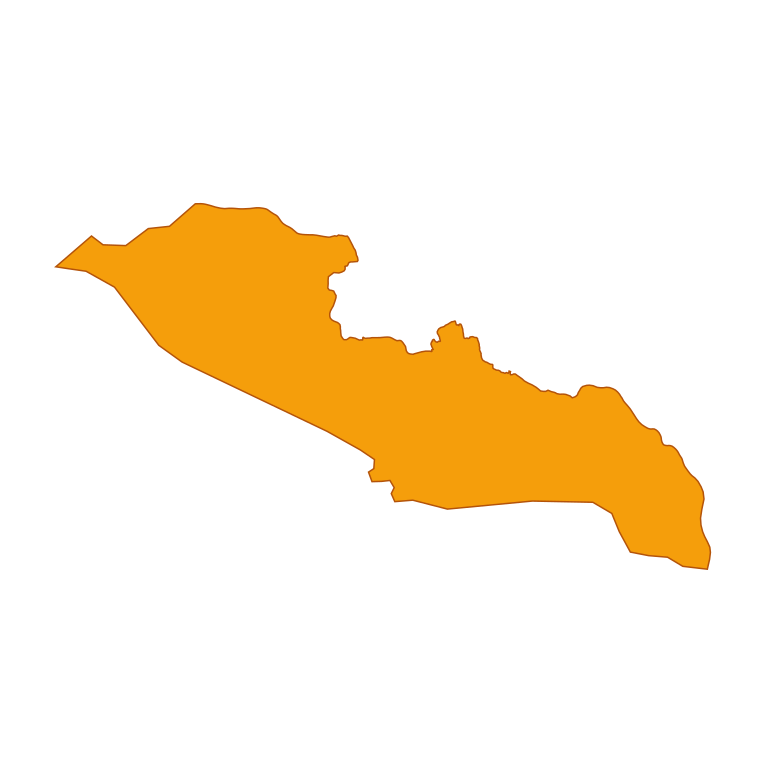 Ouango, Mbomou, Central African Republic, rotated 272°
{"feature_id": "33826404B65142748169152", "entity_name": "Ouango", "entity_type": "district", "adm_level": 2, "iso_a3": "CAF", "parent_name": "Central African Republic", "parent_adm1": "Mbomou", "projection": "robinson", "projection_center": [22.589, 4.437], "detail": "fine", "context": "isolated", "style": "filled", "palette": "amber", "viewbox_px": 768, "rotation_deg": 272, "n_neighbors": 0, "source": "geoboundaries", "source_scale": "gbopen_adm2", "svg_char_len": 5576}
<svg xmlns="http://www.w3.org/2000/svg" viewBox="0 0 768 768"><g transform="rotate(272 384 384)"><path d="M489.7,51.9L488.2,64.7L486.3,82.3L471.4,111.3L414.8,157.6L398.9,181.4L334.7,328.8L317.3,362.6L308.2,377.1L299.1,376.8L295.4,371.6L286.0,375.4L286.6,385.0L287.8,393.3L280.8,397.8L274.7,395.1L266.8,398.9L268.9,416.8L261.2,451.7L272.2,536.4L273.1,596.8L262.6,616.2L244.6,624.3L224.6,636.1L221.7,654.5L220.8,673.4L212.2,689.0L210.2,713.6L220.1,715.5L227.1,716.1L232.3,715.3L237.6,712.7L242.7,709.8L247.5,707.6L254.1,705.7L261.0,705.0L269.7,706.0L273.8,706.7L280.2,707.8L287.3,706.7L292.3,704.5L297.6,701.2L301.0,697.9L303.0,695.1L305.0,693.0L308.2,690.4L312.3,687.3L315.3,685.9L317.3,685.2L319.1,684.6L320.2,684.1L323.3,681.9L326.1,680.3L327.6,679.2L329.2,677.7L330.8,675.8L331.9,674.1L332.4,672.3L332.5,670.8L332.3,669.3L332.4,667.9L332.7,666.2L333.5,665.1L335.5,663.9L337.7,663.2L339.3,663.0L340.8,662.7L342.4,662.0L344.8,660.6L346.6,658.9L347.8,657.2L348.5,655.5L348.5,654.0L348.3,652.3L348.4,651.1L348.9,649.2L350.5,646.1L352.4,643.0L355.1,640.0L358.1,637.6L361.0,635.6L367.7,630.9L371.2,627.8L373.6,625.5L375.4,624.0L376.9,623.1L378.5,622.2L379.7,621.2L381.9,619.8L384.1,617.8L386.0,615.5L387.2,613.0L388.3,609.5L388.5,606.5L387.9,603.3L387.8,600.5L388.1,597.2L389.6,593.0L390.0,589.2L389.7,586.5L388.4,582.6L386.6,580.8L384.5,579.8L382.3,578.5L379.9,577.7L378.6,576.4L377.7,575.1L376.8,572.6L378.6,570.3L379.4,567.7L379.9,566.3L380.1,564.5L380.1,562.5L379.9,560.1L380.4,557.1L381.2,555.6L381.6,554.4L382.2,551.5L383.5,548.1L382.3,546.0L382.2,543.5L382.5,540.7L384.3,538.5L386.0,536.2L388.3,532.0L389.9,528.1L391.9,524.2L393.9,521.9L396.3,518.3L397.2,516.8L398.0,515.8L398.6,514.7L398.5,513.1L398.0,512.3L397.7,511.1L397.7,510.2L398.1,509.9L399.6,509.8L400.1,509.6L400.4,509.9L400.8,510.0L401.3,508.6L400.3,508.4L399.2,508.0L399.0,507.6L399.6,506.5L399.7,505.8L399.3,505.2L398.9,504.7L398.9,504.3L399.5,503.1L399.6,501.7L399.8,500.7L401.1,499.4L401.7,497.9L401.8,495.9L402.4,494.6L403.0,493.1L403.6,492.4L405.1,492.1L406.8,492.1L407.2,491.8L407.4,491.5L407.4,491.1L407.4,489.9L408.0,488.4L409.0,486.6L409.4,485.8L409.5,484.7L410.3,483.5L411.1,482.0L412.5,481.1L414.1,480.4L415.2,480.3L415.6,480.0L416.2,480.1L417.1,479.9L417.8,480.0L418.4,479.7L419.2,479.4L420.7,478.6L422.2,478.2L423.0,478.4L424.3,478.2L425.5,477.8L426.7,477.8L427.5,477.6L429.8,476.8L430.7,476.4L431.0,476.1L432.4,476.0L433.6,475.0L433.7,472.9L434.4,471.1L434.4,470.5L434.0,468.4L433.6,468.0L432.8,467.9L432.7,467.2L432.3,466.5L432.9,465.3L432.6,464.6L432.4,463.9L432.4,463.0L432.7,462.5L433.0,462.3L433.6,462.2L434.8,461.8L436.9,461.6L438.8,461.1L440.4,460.9L441.8,460.7L443.2,460.1L444.5,459.7L445.6,459.2L446.4,458.7L446.6,457.9L446.4,457.3L446.0,457.0L445.1,456.7L445.5,456.1L445.7,455.7L445.5,455.1L445.6,454.5L445.8,454.2L447.5,453.6L449.1,453.1L449.4,452.7L448.8,451.0L448.5,449.4L447.3,447.6L445.9,445.6L444.8,443.3L443.7,442.4L443.4,441.7L442.8,440.1L442.5,438.9L441.1,436.9L440.0,436.2L438.8,435.7L438.3,435.4L436.9,435.5L436.1,435.8L435.1,436.6L433.8,437.2L433.0,437.8L431.6,438.0L429.6,438.7L428.8,438.8L428.5,438.4L428.7,437.3L428.4,436.7L427.6,435.9L427.7,435.2L427.9,434.7L428.1,434.2L429.2,433.1L430.0,432.7L430.3,432.3L430.3,432.0L429.6,431.0L428.8,430.7L428.5,430.9L428.1,430.7L427.7,430.1L427.1,429.9L426.1,429.6L425.5,429.5L424.3,430.0L423.1,430.4L421.8,431.1L421.4,431.3L420.2,431.9L420.0,431.4L419.8,430.5L419.0,430.4L418.3,430.6L418.1,430.2L418.4,428.8L418.3,425.7L418.3,424.6L417.5,420.5L415.1,412.8L414.7,412.3L414.9,409.3L415.4,407.4L416.5,406.1L418.1,405.1L422.2,404.2L425.8,401.6L427.2,400.3L427.9,399.3L428.1,398.3L428.0,397.3L427.8,396.2L427.8,395.2L428.7,393.1L430.1,390.4L430.8,388.6L431.0,387.1L431.0,385.4L430.8,383.0L430.2,378.2L430.0,374.1L429.9,370.5L429.4,368.2L429.2,365.3L429.0,364.5L429.0,363.8L429.4,362.5L429.9,361.8L429.8,361.4L429.2,361.1L428.3,361.3L427.3,361.0L427.3,359.4L427.2,358.7L427.0,357.9L428.1,355.2L428.7,353.9L428.9,352.7L429.2,350.8L429.4,349.1L429.3,348.2L428.4,347.0L427.5,345.9L427.0,344.9L426.9,342.5L427.8,341.4L430.5,339.5L433.6,339.0L436.0,338.8L438.0,338.4L439.7,338.4L441.8,337.9L442.9,336.7L443.8,335.5L445.2,331.5L446.3,329.6L448.0,328.0L449.9,327.4L452.6,327.3L455.0,327.9L457.9,329.3L460.3,330.6L462.3,331.2L464.8,332.0L466.3,332.4L468.6,333.0L470.8,333.0L472.2,332.0L475.1,330.5L475.7,328.5L476.0,326.1L477.9,324.5L482.2,324.7L485.7,324.5L489.3,324.7L493.6,329.9L493.5,332.6L493.4,335.1L494.4,337.9L495.8,340.3L497.3,341.1L499.2,341.1L499.9,340.8L500.3,341.0L500.6,342.4L500.9,343.3L502.0,343.8L503.6,344.4L504.2,344.9L504.8,346.3L504.9,348.1L505.5,353.1L506.7,353.7L509.7,353.1L511.9,351.9L514.0,351.5L516.7,350.6L518.8,349.1L521.9,347.5L522.4,347.2L529.0,343.5L530.5,342.2L530.3,340.0L530.7,338.4L531.0,336.8L531.0,334.9L531.3,333.4L530.4,332.0L530.0,331.3L530.4,329.7L529.5,326.5L528.9,324.8L528.8,323.1L529.3,318.5L530.3,311.5L530.6,307.7L530.5,304.7L530.5,300.0L530.6,297.3L530.9,294.7L531.3,293.0L531.9,291.6L535.9,286.6L537.1,284.6L538.0,282.7L538.9,280.7L540.2,278.5L541.1,277.2L542.8,275.6L544.9,274.0L547.2,272.3L548.2,271.3L548.9,270.3L550.1,267.9L551.9,264.9L553.8,262.1L554.6,260.7L555.0,259.3L555.3,257.7L555.5,256.1L555.7,253.7L555.7,252.2L555.6,250.1L555.3,247.9L554.7,244.0L554.4,240.7L554.1,237.1L554.0,233.3L554.2,230.0L554.3,226.9L554.2,223.0L553.7,218.6L554.0,214.4L554.9,209.5L556.2,204.7L557.2,200.3L557.5,198.7L557.7,197.1L557.8,194.9L557.7,192.5L557.5,189.1L534.1,164.1L531.1,143.0L513.3,121.1L513.3,98.3L521.7,86.5L492.9,55.4L489.7,51.9Z" fill="#f59e0b" stroke="#b45309" stroke-width="1.5"/></g></svg>